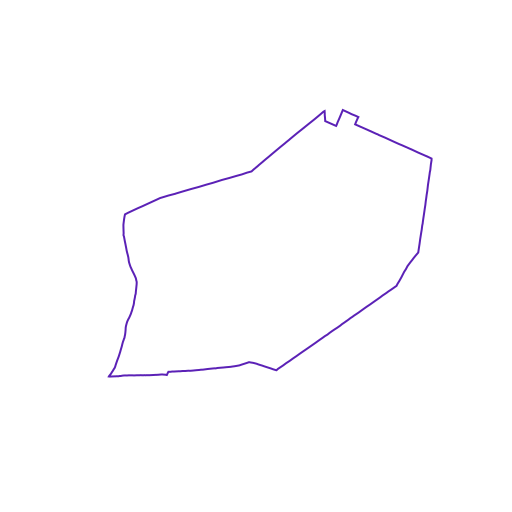 outline of Al-Rutba, Al-Anbar, Iraq, rotated 129°
{"feature_id": "34846034B71122492404189", "entity_name": "Al-Rutba", "entity_type": "district", "adm_level": 2, "iso_a3": "IRQ", "parent_name": "Iraq", "parent_adm1": "Al-Anbar", "projection": "natural_earth1", "projection_center": [41.592, 32.564], "detail": "fine", "context": "isolated", "style": "outline", "palette": "violet", "viewbox_px": 512, "rotation_deg": 129, "n_neighbors": 0, "source": "geoboundaries", "source_scale": "gbopen_adm2", "svg_char_len": 4152}
<svg xmlns="http://www.w3.org/2000/svg" viewBox="0 0 512 512"><g transform="rotate(129 256 256)"><path d="M404.6,250.4L402.7,250.9L401.1,251.2L399.8,249.6L398.4,248.3L397.1,246.7L394.9,244.3L393.2,242.3L391.4,240.5L389.8,238.5L388.7,237.4L387.5,236.1L386.8,235.1L385.1,233.3L383.8,232.0L382.2,230.4L380.3,228.4L379.1,227.3L377.7,225.7L376.0,224.1L374.4,222.6L373.2,221.4L371.7,219.9L370.2,218.4L369.2,217.3L368.8,216.7L367.2,215.4L365.0,213.1L362.9,210.9L361.1,209.1L358.8,206.7L357.7,205.6L357.2,205.2L355.4,203.5L353.6,201.9L351.5,200.1L349.1,198.6L347.0,197.2L345.0,195.9L343.9,195.2L342.9,194.6L341.9,192.8L340.9,191.1L340.1,189.4L339.3,187.6L338.8,186.0L338.1,184.2L337.3,182.3L336.6,180.3L335.8,178.2L334.9,175.9L334.0,173.6L333.3,171.5L332.2,168.8L331.9,168.2L329.9,167.9L327.0,167.0L323.8,166.0L320.2,165.1L318.1,164.4L316.2,163.8L312.1,162.7L308.5,161.6L304.8,160.6L301.0,159.5L298.0,158.6L294.6,157.6L291.5,156.7L288.4,155.8L286.0,155.1L283.4,154.4L280.5,153.6L277.8,152.8L274.8,152.0L272.1,151.0L269.7,150.5L266.4,149.6L263.5,148.7L260.5,147.7L257.0,146.7L254.9,146.3L252.6,145.6L250.5,145.0L250.3,145.0L250.2,144.9L247.3,144.1L244.7,143.5L242.6,142.8L240.6,142.3L238.4,141.6L235.5,140.7L232.5,139.9L228.8,138.9L225.6,138.0L222.1,136.9L218.5,135.9L215.3,135.0L212.2,134.1L209.7,133.4L207.1,132.8L204.9,132.1L202.6,131.4L200.2,130.8L197.7,130.0L194.3,129.0L192.1,128.4L190.9,128.0L188.5,128.5L186.1,128.8L185.9,128.8L182.9,129.3L181.1,129.6L178.8,130.1L175.0,130.9L172.0,131.2L168.5,131.9L166.2,132.0L163.2,132.1L160.8,132.1L158.5,132.2L155.3,132.2L151.8,132.1L151.2,132.1L150.2,132.7L143.7,136.5L139.6,139.0L133.9,142.3L131.4,143.7L127.7,146.0L125.9,146.9L124.5,147.8L121.5,149.6L117.6,151.9L112.9,154.7L109.8,156.5L106.5,158.6L103.8,160.2L101.2,161.8L97.7,163.8L92.2,167.3L87.4,170.1L83.2,172.6L81.4,173.7L79.6,174.6L74.5,177.9L71.0,179.9L69.8,180.9L70.6,184.3L73.6,195.2L75.0,200.9L78.1,212.4L78.9,215.0L80.3,220.3L82.8,230.2L84.7,236.8L84.9,238.2L85.2,238.9L85.3,239.2L86.5,243.9L91.3,261.8L89.2,262.5L87.7,262.9L85.1,263.6L83.6,263.9L84.4,267.1L85.6,270.9L86.3,274.1L87.2,277.6L87.7,279.6L87.9,280.4L94.3,278.5L97.1,277.7L100.5,276.8L103.5,275.8L104.5,275.6L107.6,287.1L105.2,289.3L103.4,291.1L101.6,292.6L100.2,293.9L101.4,294.4L105.9,295.2L113.0,296.6L120.2,298.2L124.4,299.1L134.9,301.4L143.8,303.2L144.6,303.3L148.8,304.2L150.0,304.4L156.1,305.7L166.8,307.8L172.6,308.9L172.9,309.0L183.9,311.1L184.3,311.1L190.3,312.3L193.1,312.7L196.8,315.4L201.6,318.4L205.9,321.5L212.1,325.8L218.3,330.3L226.2,335.5L231.8,339.5L238.3,343.9L244.8,348.6L252.6,354.0L257.9,357.6L258.3,357.8L264.1,362.1L268.4,365.0L271.3,367.0L274.4,368.5L283.3,372.9L288.8,375.6L293.0,377.8L297.5,380.0L303.1,382.7L306.1,384.0L307.9,383.1L310.2,381.8L313.6,379.7L315.3,378.6L317.2,377.0L320.0,374.6L321.6,373.2L323.2,372.1L324.0,370.8L327.0,367.3L328.8,365.1L331.4,362.0L333.3,359.8L334.9,357.7L335.6,356.7L337.3,354.5L338.4,353.3L339.6,352.1L340.8,350.7L341.2,350.1L342.2,348.6L343.4,346.7L343.8,345.8L345.1,343.3L345.9,341.5L347.1,338.9L348.0,337.1L348.9,335.4L349.5,334.6L350.3,333.7L350.9,332.8L351.7,332.0L353.2,330.9L355.8,329.2L358.9,327.2L361.1,325.7L362.8,325.0L364.1,324.2L366.0,323.2L367.8,322.3L369.4,321.2L371.3,320.2L373.1,319.5L376.5,318.0L378.0,317.5L379.5,316.9L381.6,316.3L383.9,315.7L385.7,315.4L388.0,314.8L389.3,314.3L390.9,313.6L392.4,312.9L393.8,312.1L395.7,310.7L397.8,309.3L399.6,308.2L401.2,307.4L402.4,306.7L403.4,306.5L404.3,306.1L406.4,305.4L408.0,304.7L409.1,304.2L409.5,304.0L411.0,303.3L413.7,302.2L416.0,301.2L418.8,300.1L420.6,299.4L422.7,298.7L424.3,298.2L426.8,297.3L429.2,296.4L430.6,295.8L432.0,295.4L433.4,295.3L435.3,295.0L436.7,294.9L438.9,294.6L440.9,294.6L441.6,294.6L442.2,294.5L441.7,293.7L439.7,291.5L436.9,288.3L435.9,287.1L434.9,286.3L434.5,285.7L433.5,284.9L432.6,284.1L431.3,282.7L429.8,280.8L429.0,280.0L428.4,279.3L425.1,275.1L423.9,273.8L422.7,272.3L421.2,270.6L420.1,269.1L419.4,268.3L418.7,267.5L418.2,266.8L417.3,265.8L415.7,263.8L414.9,262.9L412.0,259.7L410.6,258.1L409.6,257.0L408.4,255.8L407.1,254.4L406.2,253.0L405.3,251.8L405.0,251.1L404.6,250.4Z" fill="none" stroke="#5b21b6" stroke-width="2"/></g></svg>